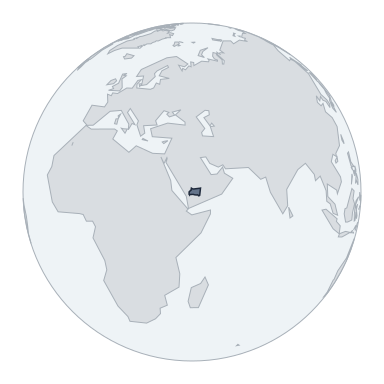 the Earth from above Najran
{"feature_id": "SAU-1096", "entity_name": "Najran", "entity_type": "Region", "adm_level": 1, "iso_a3": "SAU", "parent_name": "Saudi Arabia", "parent_adm1": "", "projection": "orthographic", "projection_center": [44.686, 18.237], "detail": "fine", "context": "on_globe", "style": "filled", "palette": "slate", "viewbox_px": 384, "rotation_deg": 0, "n_neighbors": 0, "source": "natural_earth", "source_scale": "10m", "svg_char_len": 10606}
<svg xmlns="http://www.w3.org/2000/svg" viewBox="0 0 384 384"><circle cx="192" cy="192" r="169" fill="#eef3f6" stroke="#a8b0b8"/><path d="M219.8,25.3L211.6,24.2L207.7,23.8L219.8,25.3ZM155.5,27.0L154.3,27.3L150.8,28.1L152.3,27.9L155.9,27.1L157.8,26.8L157.0,27.2L152.4,28.1L152.1,28.1L150.3,28.5L148.3,28.9L148.9,28.9L143.4,30.3L147.6,29.6L142.2,31.2L138.9,32.1L140.9,31.1L139.7,31.3L155.5,27.0ZM118.9,39.7L120.1,39.2L126.0,36.6L123.3,38.0L117.5,41.0L112.4,43.4L109.7,45.0L113.1,43.9L102.2,50.1L92.6,57.7L90.0,59.5L87.5,60.0L91.1,56.5L90.2,57.2L104.1,47.7L118.9,39.7ZM88.0,58.8L81.6,64.1L79.8,65.8L79.1,66.5L80.8,65.2L78.2,67.5L77.2,68.0L79.6,65.8L79.9,65.6L88.0,58.8ZM23.2,198.2L24.0,205.0L26.4,216.5L27.7,226.3L28.5,234.2L31.1,243.4L27.1,228.6L24.4,213.5L23.2,198.2ZM127.1,36.0L126.5,36.3L125.7,36.6L127.1,36.0ZM130.2,34.8L129.6,35.0L131.0,34.4L131.3,34.3L130.2,34.8ZM136.2,32.5L139.3,31.6L130.6,34.8L133.5,33.5L134.3,33.2L136.2,32.5ZM238.6,29.6L239.0,29.7L241.5,30.5L242.0,30.6L234.7,28.7L238.6,29.6ZM157.4,26.7L153.5,27.6L157.5,26.6L157.4,26.7ZM170.1,24.5L169.9,24.5L177.3,23.7L175.3,24.0L170.8,24.6L167.7,24.9L169.3,24.9L159.4,26.3L163.7,25.4L170.1,24.5ZM230.0,27.8L229.5,27.8L228.5,27.5L230.0,27.8ZM158.8,26.7L160.3,26.3L165.0,25.6L163.0,26.3L162.1,26.2L158.8,26.7ZM182.1,23.3L183.4,23.3L182.6,23.4L183.7,23.4L175.7,24.0L179.6,23.5L182.1,23.3ZM160.6,26.6L161.8,26.7L158.9,27.4L157.8,27.1L160.6,26.6ZM167.0,25.2L169.1,24.9L167.3,25.2L167.0,25.2ZM149.2,30.7L150.8,29.9L153.4,29.4L149.2,30.7ZM162.5,26.7L163.5,26.5L164.7,26.3L164.8,26.6L162.5,26.7ZM175.7,24.2L174.7,24.5L179.0,24.0L178.5,24.4L173.3,24.8L175.4,24.7L175.2,24.9L171.1,25.1L175.7,24.2ZM168.6,26.4L161.7,27.5L158.2,28.9L155.8,29.3L161.9,27.0L168.6,26.4ZM170.4,25.6L168.7,26.1L166.6,26.2L166.4,25.9L170.4,25.6ZM180.2,24.6L182.2,23.9L183.3,23.8L180.2,24.6ZM168.0,26.7L169.7,26.5L168.0,26.8L168.0,26.7ZM176.9,25.1L177.5,24.8L178.7,24.8L176.9,25.1ZM172.5,26.4L170.3,26.6L170.1,26.4L172.5,26.4ZM174.9,25.8L176.4,25.8L171.4,26.1L174.9,25.6L174.9,25.8ZM178.0,25.1L178.9,25.0L177.5,25.3L178.0,25.1ZM174.5,27.5L168.2,27.9L167.8,27.2L174.0,26.8L174.5,27.5ZM243.0,30.9L245.2,31.6L245.7,31.8L261.7,38.1L266.3,40.4L271.0,42.8L271.5,43.0L278.3,46.8L290.5,54.8L278.3,47.3L259.6,37.5L267.0,41.1L264.6,40.2L266.9,41.6L272.2,44.5L273.2,44.8L278.2,50.8L289.6,60.7L290.4,59.1L294.8,61.4L308.5,73.7L320.9,94.4L326.8,99.8L329.6,104.0L330.0,107.6L325.9,101.4L322.9,100.2L320.5,96.5L319.8,100.9L316.3,95.8L317.4,102.3L321.1,105.8L323.0,103.4L325.5,111.8L332.2,117.6L337.1,126.6L339.5,145.6L335.8,153.4L336.5,156.6L332.9,154.3L331.3,161.7L340.5,176.8L341.4,181.8L337.4,193.8L336.7,190.1L327.3,184.0L327.8,196.5L335.0,204.2L337.6,215.2L333.1,213.3L330.2,203.8L326.8,201.3L326.1,190.6L320.2,176.1L315.5,180.7L314.3,174.4L305.4,163.3L297.8,169.6L286.7,189.4L287.7,205.7L282.8,213.8L270.4,192.3L265.7,177.1L260.7,179.3L248.4,167.5L225.5,168.8L222.8,164.8L218.3,167.1L209.8,163.4L205.8,156.9L200.4,157.6L211.1,174.6L217.0,174.0L222.6,167.0L224.4,173.2L232.8,178.3L221.7,194.1L188.5,208.5L186.3,196.3L166.0,162.5L167.1,158.8L167.1,158.3L166.9,157.6L164.0,163.5L160.9,156.9L170.7,180.5L171.9,190.5L188.1,209.2L186.3,211.1L191.8,214.9L210.5,210.0L210.4,214.0L201.0,232.9L175.9,257.5L179.8,273.8L179.0,287.1L164.7,295.3L167.3,305.2L160.1,308.2L160.5,313.6L155.5,318.8L146.6,323.1L130.0,321.3L127.9,316.5L118.0,306.1L103.7,280.5L106.8,269.8L104.8,260.5L93.0,237.9L95.5,226.7L92.6,221.2L86.4,221.2L83.2,214.5L79.6,213.6L58.1,211.8L52.3,201.9L47.3,175.0L51.8,166.6L54.0,155.5L86.0,125.4L91.2,129.1L114.6,129.0L117.3,130.9L112.8,139.0L128.9,152.3L136.2,145.8L152.6,153.3L164.6,153.9L171.9,138.2L152.3,136.7L150.6,128.7L167.7,123.1L185.1,125.1L185.0,122.1L175.4,114.9L180.9,109.8L172.3,112.1L174.7,115.2L169.4,116.9L166.8,114.2L168.9,112.4L164.0,110.7L155.6,120.7L157.1,125.0L143.6,125.7L144.8,133.1L140.6,136.2L136.9,124.8L138.4,120.9L130.3,108.5L127.5,112.5L135.0,124.7L132.0,123.5L128.3,129.8L128.8,124.1L121.3,110.4L110.1,111.3L93.2,125.2L87.1,125.3L83.2,120.8L92.0,105.2L104.5,106.9L107.8,102.1L107.5,94.2L111.3,95.7L112.7,92.9L117.6,93.5L126.8,88.0L132.2,88.2L137.9,80.4L141.4,79.7L137.0,84.3L136.8,88.0L150.4,89.3L153.7,87.9L156.3,83.0L159.7,84.3L160.5,79.4L169.3,78.4L159.2,75.8L162.0,70.7L168.5,67.4L167.6,65.5L157.1,70.9L154.5,73.7L155.2,76.6L146.6,84.6L141.5,85.5L143.6,76.0L136.6,76.5L141.3,69.5L166.9,57.8L176.5,56.5L187.9,64.0L184.5,66.8L178.6,65.2L182.1,71.0L182.7,68.4L185.5,69.8L188.9,65.9L191.1,66.8L190.7,61.9L193.7,62.5L193.9,65.6L201.6,61.2L208.5,61.8L209.1,60.5L207.9,58.9L217.5,61.2L217.5,60.1L214.4,58.9L212.6,56.2L213.0,52.5L216.3,53.4L216.6,54.9L222.1,59.8L222.4,64.0L223.8,64.1L224.3,60.7L217.6,54.7L216.9,52.2L220.7,54.7L219.2,53.6L219.9,52.7L223.7,52.9L219.8,50.1L223.1,40.9L230.7,40.9L233.6,43.8L239.4,40.1L247.5,41.5L244.6,40.2L245.4,38.3L242.9,37.8L241.6,37.1L242.5,33.3L245.2,33.5L242.4,31.5L240.9,31.0L238.7,30.6L234.7,28.7L242.0,30.6L243.0,30.9ZM73.2,142.2L71.9,145.4L71.9,145.5L73.2,142.2ZM202.5,135.9L213.6,136.6L210.3,126.6L214.3,126.1L211.7,123.1L210.0,125.9L203.9,117.6L209.3,114.8L208.8,110.7L205.0,110.3L196.2,116.9L204.8,128.5L201.6,132.5L202.5,135.9ZM81.7,64.0L80.5,65.2L80.0,65.5L81.7,64.0ZM81.3,66.6L77.1,70.4L79.8,67.7L78.3,68.5L82.1,64.3L88.9,60.2L85.2,62.6L81.3,66.6ZM89.1,58.2L85.9,60.9L89.2,58.1L89.1,58.2ZM115.6,78.8L116.6,80.8L113.6,83.7L106.8,84.8L111.0,80.5L115.6,78.8ZM118.6,83.2L122.6,74.1L127.0,73.5L123.8,75.3L126.3,75.8L122.0,78.9L122.2,87.7L119.6,90.9L108.5,90.3L113.6,88.6L112.4,86.5L118.6,83.2ZM125.1,56.4L126.9,53.7L134.0,55.7L131.5,58.1L124.6,59.0L123.5,56.7L125.1,56.4ZM135.8,33.7L136.0,33.4L137.3,33.0L138.2,33.0L135.8,33.7ZM149.7,30.3L136.2,35.1L135.8,34.8L128.4,38.5L124.3,39.4L129.3,36.9L120.6,40.7L123.4,38.8L117.7,41.5L129.1,35.8L131.3,34.6L130.4,35.5L134.0,34.6L136.3,33.9L144.3,31.1L150.8,28.6L155.5,27.8L157.0,27.9L156.2,28.3L153.4,28.6L154.2,29.0L149.6,29.9L149.7,30.3ZM172.5,35.6L169.7,34.7L170.6,37.7L165.9,37.7L166.3,38.1L162.3,39.1L158.1,41.0L156.2,40.8L155.4,41.7L152.7,42.5L150.9,43.8L146.9,43.9L144.4,45.5L144.0,44.7L140.7,47.6L141.4,45.6L137.9,46.8L139.1,48.1L122.1,48.1L114.5,50.5L107.8,53.8L109.8,50.5L117.4,45.6L127.2,41.0L134.3,39.5L133.9,38.6L137.2,37.7L136.1,38.8L139.7,36.6L142.1,36.3L150.9,33.6L154.6,31.2L157.9,30.4L157.6,31.2L161.1,29.9L162.9,30.9L165.2,30.4L169.4,31.2L167.5,33.3L170.3,32.7L173.6,33.6L172.5,35.6ZM175.5,27.7L174.3,29.8L171.2,30.9L165.3,29.2L162.9,29.5L159.0,28.9L163.7,27.4L164.3,27.6L166.1,27.5L163.9,28.0L167.0,27.6L168.0,28.0L170.6,27.9L169.5,28.5L175.5,27.7ZM121.3,128.2L123.6,128.8L127.3,129.0L125.0,133.2L121.3,128.2ZM116.0,118.9L118.2,118.7L116.8,124.2L114.5,123.7L116.0,118.9ZM120.6,114.1L118.5,118.2L118.2,115.7L120.6,114.1ZM139.2,84.0L141.6,83.7L141.4,84.9L139.5,86.5L139.2,84.0ZM174.2,46.5L173.0,45.3L174.0,44.9L174.9,42.0L178.4,42.0L179.3,43.8L174.2,46.5ZM167.9,140.7L163.8,143.6L162.2,142.0L164.0,141.3L167.9,140.7ZM142.9,138.4L148.0,141.0L142.2,139.6L142.9,138.4ZM178.1,46.0L178.1,44.7L179.9,45.6L178.1,46.0ZM181.0,42.0L183.3,42.7L179.0,41.7L181.0,42.0ZM237.9,344.3L239.2,345.2L236.5,345.7L237.9,344.3ZM208.4,284.9L198.4,307.6L190.3,307.7L188.1,301.3L191.3,287.6L200.6,283.5L205.0,277.0L208.4,284.9ZM352.4,232.8L353.5,232.3L353.4,233.1L352.4,232.8ZM351.3,231.4L352.9,230.3L350.7,233.3L351.3,231.4ZM353.5,229.9L355.0,227.1L355.8,225.3L355.4,226.9L353.5,229.9ZM350.1,232.4L341.9,237.0L338.3,236.9L339.5,233.7L345.5,231.4L350.1,232.4ZM339.2,233.8L333.1,228.8L322.0,210.1L326.0,209.2L337.1,218.8L336.4,221.4L340.2,225.8L339.2,233.8ZM352.5,212.6L351.8,220.0L347.7,222.0L345.6,222.1L344.2,213.8L345.0,208.7L346.8,207.9L351.9,188.5L354.1,190.9L353.0,198.7L354.6,203.8L352.5,212.6ZM288.6,207.1L292.9,215.9L290.0,218.0L288.6,207.1ZM352.4,176.1L351.4,184.4L351.9,173.9L352.4,176.1ZM351.8,166.7L352.6,170.1L351.2,167.4L351.8,166.7ZM337.8,161.3L336.0,163.1L335.2,160.7L337.1,157.0L337.8,161.3ZM340.7,134.3L343.5,141.2L344.1,143.8L341.9,140.1L340.7,134.3ZM208.0,47.7L202.9,51.4L201.5,54.8L204.4,57.5L198.1,55.6L200.3,50.3L208.0,47.7ZM220.9,41.5L218.3,39.6L220.8,39.7L221.8,40.2L220.9,41.5ZM218.3,40.8L212.6,39.9L212.0,38.4L216.7,39.4L218.3,40.8ZM195.3,42.1L193.5,43.1L192.1,42.3L195.3,42.1ZM328.1,292.1L324.5,296.6L323.6,296.9L327.3,292.0L333.3,279.9L333.9,279.7L337.8,270.8L346.5,258.0L353.8,239.5L354.6,238.0L354.6,237.9L350.9,249.4L346.4,260.7L341.0,271.6L334.9,282.1L328.1,292.1ZM355.1,230.7L357.2,223.5L357.8,222.1L355.1,230.7ZM360.5,205.0L360.6,202.4L360.8,199.1L360.5,198.5L360.9,194.8L360.9,196.0L360.5,205.0ZM359.2,207.8L359.0,209.8L358.8,208.9L359.2,207.8ZM359.7,206.0L360.2,206.3L359.5,207.7L359.7,206.0ZM355.6,204.6L356.1,208.5L357.6,204.1L356.4,209.4L357.0,215.6L356.4,218.7L356.0,211.9L355.0,220.4L354.2,221.0L354.3,214.3L355.3,205.1L356.0,200.9L358.6,196.7L355.6,204.6ZM359.8,200.6L359.6,195.9L359.7,192.1L360.0,194.4L359.8,200.6ZM358.0,184.9L356.3,180.2L355.5,183.5L356.3,173.2L357.9,179.4L358.0,184.9ZM355.4,173.0L354.7,176.0L354.9,170.3L355.4,173.0ZM354.1,174.3L353.2,170.4L354.2,170.2L354.1,174.3ZM355.9,172.7L354.7,165.7L355.8,169.3L355.9,172.7ZM350.8,161.8L354.1,166.7L351.1,166.0L347.5,153.2L348.5,151.9L350.8,161.8ZM334.1,106.6L331.9,103.5L331.8,102.0L333.4,104.5L334.1,106.6ZM329.5,95.4L331.1,100.6L332.0,105.4L333.3,106.3L336.4,112.4L332.6,108.0L329.6,100.5L329.5,98.0L326.3,93.2L324.3,89.3L319.8,84.0L317.9,81.3L321.9,85.5L329.5,95.4ZM317.9,81.9L309.4,72.7L310.7,72.8L312.8,74.8L316.2,78.8L315.3,78.5L317.9,81.9ZM307.7,70.7L306.7,70.5L292.2,59.5L289.5,57.3L301.2,64.9L301.0,65.2L304.3,68.1L307.7,70.7ZM231.3,28.3L229.7,27.9L231.0,28.1L231.3,28.3ZM240.2,36.9L238.6,36.0L240.2,36.0L240.2,36.9ZM235.1,33.6L234.4,34.2L233.8,33.2L235.1,33.6ZM233.0,35.7L233.4,34.2L234.9,36.3L233.0,35.7Z" fill="#d9dde1" stroke="#a8b0b8" stroke-width="1"/><path d="M199.7,195.3L199.4,195.5L199.1,195.7L199.0,195.8L198.9,195.8L198.5,195.8L198.4,195.7L198.2,195.4L198.0,195.1L197.8,194.9L197.7,194.8L197.1,194.9L196.6,195.0L195.9,194.9L195.4,194.9L194.7,194.8L194.1,194.7L193.5,194.4L193.3,194.4L192.9,194.4L192.5,194.4L191.9,194.4L191.6,194.5L191.4,194.4L191.2,194.4L190.9,194.4L190.7,194.5L190.4,194.5L190.2,194.6L189.9,194.7L189.8,194.8L189.8,194.7L189.7,194.6L189.4,194.6L189.2,194.5L189.1,194.3L189.1,194.0L189.1,193.8L189.1,193.6L189.1,193.4L189.2,192.7L189.1,192.3L189.1,192.2L189.1,191.9L189.7,191.4L190.0,191.1L190.1,190.9L190.2,190.7L190.3,190.7L190.6,190.5L190.8,190.4L191.0,190.3L191.1,190.2L191.2,189.9L191.2,189.6L191.1,189.3L191.1,189.2L191.2,188.9L191.4,188.8L191.5,188.8L191.5,188.7L191.5,188.2L192.3,188.7L192.5,188.8L192.9,188.9L193.6,189.0L200.1,188.2L200.5,188.1L199.7,195.3L199.7,195.3Z" fill="#64748b" stroke="#1e293b" stroke-width="1.5"/></svg>